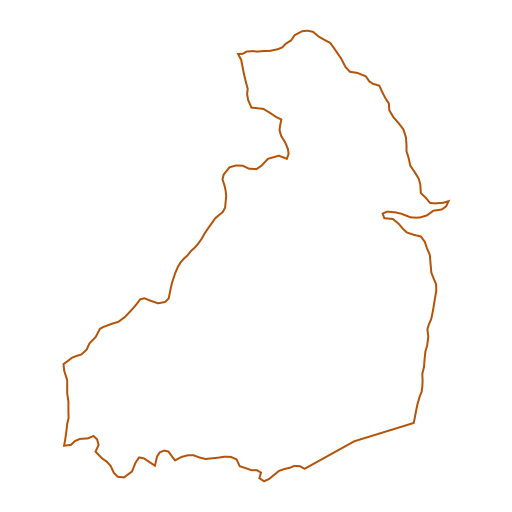 Assis, São Paulo, Brazil (Natural Earth projection)
{"feature_id": "56859067B72357752208353", "entity_name": "Assis", "entity_type": "district", "adm_level": 2, "iso_a3": "BRA", "parent_name": "Brazil", "parent_adm1": "São Paulo", "projection": "natural_earth1", "projection_center": [-50.43, -22.579], "detail": "fine", "context": "isolated", "style": "outline", "palette": "amber", "viewbox_px": 512, "rotation_deg": 0, "n_neighbors": 0, "source": "geoboundaries", "source_scale": "gbopen_adm2", "svg_char_len": 2821}
<svg xmlns="http://www.w3.org/2000/svg" viewBox="0 0 512 512"><path d="M379.2,85.6L373.1,83.9L369.3,81.4L365.8,76.3L357.3,72.9L350.0,71.8L345.5,67.0L341.0,58.3L338.0,54.0L334.4,48.7L330.2,42.9L326.2,40.8L319.0,36.8L313.0,31.8L307.5,30.7L302.2,31.2L294.6,35.2L291.0,40.5L285.5,43.9L282.3,47.4L277.4,49.3L269.9,50.9L262.6,51.1L257.2,51.6L252.8,51.1L246.5,51.6L242.8,53.8L238.1,54.0L241.2,59.9L243.1,69.7L244.3,75.5L246.1,82.9L247.7,88.8L247.1,94.1L248.1,99.9L251.4,107.6L256.3,108.1L263.4,108.9L270.5,113.2L275.9,116.9L281.3,119.5L280.2,125.2L279.5,130.1L281.2,136.0L285.2,142.4L287.9,149.0L288.6,154.0L286.8,158.8L278.8,155.7L274.4,157.0L267.9,158.8L261.7,165.5L256.5,169.1L249.0,168.7L242.7,165.7L236.0,165.5L229.5,167.3L223.6,174.7L222.5,179.5L224.3,184.8L225.6,190.4L226.2,196.0L225.6,202.3L225.1,207.6L222.7,212.1L219.0,215.1L215.3,218.2L208.9,227.2L204.8,233.1L201.6,238.9L197.8,244.2L194.5,247.9L190.9,251.0L187.3,255.6L184.0,258.5L180.7,262.3L178.1,266.4L175.1,273.4L172.0,282.7L170.3,290.4L168.7,298.4L165.1,302.0L158.0,303.3L150.2,300.6L144.4,298.3L140.2,299.3L137.1,303.5L132.8,308.6L129.8,311.8L125.0,316.9L118.3,321.9L111.8,323.8L103.5,326.9L99.9,328.8L95.7,337.0L89.5,343.3L86.6,349.7L81.3,354.5L77.0,355.8L72.0,357.7L67.3,361.4L63.5,364.1L64.2,370.7L67.2,380.2L67.2,388.0L67.2,393.4L68.4,401.4L68.4,411.8L68.6,417.9L67.3,423.4L66.2,432.7L65.2,439.4L64.1,445.7L70.9,444.9L75.0,441.0L80.0,438.9L87.8,438.4L93.5,436.0L97.1,439.4L98.6,445.0L95.5,451.6L102.2,458.5L106.8,461.6L110.7,466.0L113.8,472.8L117.8,476.8L124.0,477.4L132.0,471.5L135.5,462.7L139.1,457.4L144.0,458.4L154.9,465.7L157.1,456.4L159.8,452.3L164.3,450.6L168.5,451.6L171.3,455.5L175.0,460.4L181.6,456.9L187.9,455.3L193.3,455.2L199.2,457.4L205.4,459.0L210.2,458.5L218.0,457.7L224.5,456.7L230.8,456.9L236.5,459.3L239.7,466.2L246.1,468.3L251.5,470.2L256.9,470.2L261.0,472.6L259.4,478.2L264.1,481.3L269.2,478.9L273.1,475.7L279.0,470.9L284.1,469.1L290.1,467.7L294.4,465.9L299.9,466.2L304.6,468.8L354.2,441.3L413.8,422.9L416.2,410.3L417.6,403.6L419.8,396.2L421.6,391.9L422.3,386.9L422.6,380.8L422.3,373.9L424.0,367.0L424.6,358.8L425.4,351.6L427.2,345.3L428.3,336.8L427.4,329.1L429.1,323.8L431.1,319.4L432.9,311.1L434.4,301.8L436.3,290.6L436.1,284.2L433.6,278.4L431.3,272.5L430.7,265.4L429.8,254.9L426.9,248.1L424.9,242.0L420.9,236.5L414.0,234.9L406.9,232.5L402.9,228.8L398.7,223.8L392.9,219.0L384.3,218.2L382.7,213.6L387.1,211.6L395.5,212.4L400.9,213.6L410.4,217.3L416.3,217.7L420.3,217.4L426.7,215.5L433.4,210.7L441.7,209.5L446.2,206.3L448.5,201.2L443.4,202.8L434.5,203.4L430.0,202.9L425.8,197.8L420.8,193.1L420.3,184.5L418.7,178.7L415.0,172.6L410.3,165.7L408.6,157.9L406.5,151.3L406.5,145.3L406.0,137.6L403.4,129.4L398.9,123.5L393.4,117.2L389.3,110.3L388.9,103.6L385.3,98.0L382.3,92.2L379.2,85.6Z" fill="none" stroke="#b45309" stroke-width="2"/></svg>